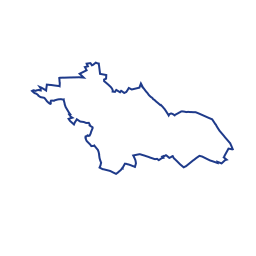 the district of Tukums, Tukums, Latvia, rotated 209°
{"feature_id": "27541924B84924671818931", "entity_name": "Tukums", "entity_type": "district", "adm_level": 2, "iso_a3": "LVA", "parent_name": "Latvia", "parent_adm1": "Tukums", "projection": "robinson", "projection_center": [23.156, 56.969], "detail": "fine", "context": "isolated", "style": "outline", "palette": "blue", "viewbox_px": 256, "rotation_deg": 209, "n_neighbors": 0, "source": "geoboundaries", "source_scale": "gbopen_adm2", "svg_char_len": 5532}
<svg xmlns="http://www.w3.org/2000/svg" viewBox="0 0 256 256"><g transform="rotate(209 128 128)"><path d="M129.2,80.1L123.1,81.7L122.9,81.7L122.7,81.8L119.5,81.9L116.2,82.1L115.1,84.5L115.0,85.0L113.9,87.8L113.9,88.0L113.6,89.9L113.6,90.1L113.2,90.1L113.3,90.3L113.4,91.7L113.4,93.0L113.4,95.3L112.4,95.7L112.2,95.8L111.9,95.9L111.0,96.0L109.8,96.4L109.7,96.4L108.6,96.6L107.4,96.8L106.5,96.9L105.5,97.0L104.6,97.2L103.8,97.3L103.6,97.3L103.4,97.3L103.4,97.5L103.1,97.5L103.9,100.9L105.2,102.6L106.1,103.6L109.3,106.0L110.1,106.5L107.9,108.4L107.0,109.2L105.9,110.1L105.7,110.3L105.0,110.8L103.9,111.1L103.2,111.2L100.1,111.9L98.8,112.1L95.8,112.7L94.7,112.8L90.4,113.6L90.1,113.6L89.2,113.9L87.6,115.1L85.5,114.8L84.4,116.9L84.1,117.5L83.8,118.1L82.8,118.9L83.5,119.2L83.3,119.5L84.1,119.7L83.5,120.4L83.4,120.6L83.1,120.5L82.8,120.8L82.5,121.2L82.0,121.9L81.9,122.3L81.6,122.6L81.1,122.6L77.4,121.9L77.3,122.1L76.6,122.9L76.2,123.6L75.9,124.2L75.5,124.9L75.3,125.1L73.8,124.1L73.0,123.7L71.5,123.4L71.2,123.3L70.8,123.2L70.5,123.1L69.3,122.8L64.9,121.5L60.2,120.6L59.3,122.0L58.8,122.6L58.8,122.8L58.6,123.1L57.3,126.3L56.5,128.3L55.4,131.1L55.3,131.3L55.1,131.6L54.8,132.3L54.6,132.7L54.4,133.2L54.0,134.2L53.5,135.3L52.0,138.3L50.4,138.7L49.3,139.0L49.1,139.0L48.9,139.0L46.8,139.1L44.4,139.2L40.4,139.4L39.0,139.7L37.6,140.0L37.2,140.0L36.8,140.1L36.3,140.2L35.8,140.3L34.5,140.5L33.3,140.7L33.0,140.7L32.6,140.8L33.4,141.8L29.0,142.4L28.0,145.4L27.5,146.9L27.0,147.5L26.4,148.1L28.2,148.4L30.0,148.8L29.9,149.2L29.9,149.7L30.1,150.4L30.1,158.3L30.1,158.7L26.4,159.9L26.1,160.2L29.5,162.9L30.0,163.2L31.2,164.2L31.3,164.2L39.2,167.1L39.6,167.3L40.3,167.6L46.7,170.0L50.2,171.9L51.9,172.9L52.3,173.2L52.9,173.6L53.6,173.8L54.0,173.9L54.2,174.1L58.6,176.4L62.1,176.0L70.1,175.3L73.2,175.0L73.4,175.0L75.7,174.7L76.5,174.6L76.8,174.4L78.9,173.3L80.2,172.7L81.7,171.9L83.2,171.3L84.0,170.7L84.7,170.2L86.7,169.6L88.0,169.1L88.4,168.9L88.7,168.8L88.8,168.7L89.1,168.5L89.3,168.4L89.6,168.1L89.8,167.7L90.2,167.0L90.3,166.9L90.4,166.7L90.6,166.5L91.1,165.6L91.6,164.8L92.2,163.9L93.2,162.3L93.3,162.1L93.4,161.9L93.4,161.7L94.5,161.8L95.3,161.9L96.4,161.8L97.4,161.6L97.9,160.9L98.5,160.2L98.5,159.4L98.5,158.7L99.3,159.2L100.1,159.6L100.4,159.8L100.8,160.0L101.4,160.3L102.1,160.7L103.0,161.2L104.0,161.7L104.4,161.9L104.9,162.2L106.1,162.6L107.3,163.1L108.8,163.6L110.4,164.1L110.5,163.9L110.7,163.7L112.6,164.1L114.5,164.5L115.8,164.7L117.1,165.0L117.8,165.2L118.5,165.4L119.0,165.4L119.5,165.4L119.8,165.4L120.1,165.5L120.4,165.6L120.5,165.7L120.8,165.9L121.1,166.0L121.6,166.1L122.0,166.2L122.4,166.2L122.7,166.2L123.3,166.3L123.8,166.4L124.9,166.7L125.9,167.0L127.9,168.0L130.0,168.7L132.0,169.6L134.0,170.5L134.1,170.4L135.0,170.7L135.8,171.1L135.6,171.2L135.5,171.3L136.9,172.3L138.3,173.2L137.6,168.8L143.4,163.5L146.7,163.4L146.8,160.5L147.0,158.6L147.9,157.4L148.0,157.2L148.3,156.8L151.3,157.2L152.0,157.2L152.3,155.4L156.7,155.6L156.8,154.7L156.9,153.3L159.1,152.4L159.4,153.3L160.5,154.3L161.7,155.0L163.2,155.6L164.1,155.8L164.9,156.0L165.7,156.2L165.9,156.3L166.0,156.3L168.9,156.9L171.6,157.4L172.4,158.8L171.1,160.5L171.9,162.2L172.7,163.8L174.2,163.3L176.6,162.5L178.7,161.8L179.4,162.8L183.7,168.7L184.3,169.4L184.8,170.2L185.3,170.0L185.7,169.9L186.2,169.7L187.5,169.6L187.9,169.5L187.9,169.4L188.5,168.0L188.9,167.0L189.3,166.1L190.0,165.3L191.8,166.3L192.0,166.4L192.3,166.5L193.8,165.4L195.4,164.2L195.2,164.0L195.0,163.9L194.4,163.5L193.8,163.1L193.4,162.8L193.0,162.5L194.1,161.5L195.2,160.4L194.8,160.2L194.5,160.0L194.0,159.6L192.8,158.8L192.2,158.4L193.9,155.9L196.6,152.0L191.2,150.6L192.1,150.2L195.9,148.4L196.8,147.8L203.5,143.9L207.0,141.8L208.0,141.2L208.8,140.8L209.2,140.5L209.8,140.2L212.1,138.8L212.4,138.4L211.7,137.5L210.1,135.0L209.6,134.5L208.5,132.3L208.1,131.4L208.3,131.4L212.8,129.6L216.2,128.3L217.4,127.7L218.5,127.3L220.0,126.6L219.9,126.4L219.4,125.1L218.5,122.7L217.8,121.1L219.6,121.2L223.1,121.3L225.0,121.1L224.2,120.7L223.4,120.3L223.4,120.1L223.3,119.9L223.1,119.4L222.8,118.9L222.8,118.7L222.7,118.6L223.6,118.3L223.5,118.2L224.7,117.8L226.0,116.8L226.3,116.4L226.8,115.7L228.8,115.3L229.6,114.4L229.9,113.9L227.7,113.4L226.6,113.2L225.7,113.4L224.8,113.5L223.6,113.4L222.7,113.2L222.0,112.8L219.5,112.6L216.2,113.7L215.5,113.7L214.0,113.1L213.1,112.7L211.9,112.1L211.7,112.1L211.1,111.9L209.8,111.6L208.7,111.4L208.1,111.4L207.9,111.4L207.7,111.4L207.6,111.6L207.4,111.9L207.6,112.3L208.3,113.3L208.6,113.9L208.6,114.0L208.6,114.4L208.6,114.6L208.1,114.9L207.3,115.4L206.8,115.5L206.4,115.7L206.1,115.9L205.9,116.0L205.9,116.3L205.5,116.7L205.3,116.9L204.6,117.6L203.7,118.5L203.1,119.0L202.8,119.3L201.1,120.4L200.6,120.7L199.5,121.1L198.7,121.3L198.1,121.8L198.0,121.6L197.9,121.4L195.3,118.7L195.0,118.2L192.7,116.1L187.2,112.9L185.2,112.0L186.0,111.3L185.0,110.8L183.2,110.1L181.7,110.0L183.8,107.9L184.4,107.2L182.2,106.1L177.0,104.9L177.2,106.9L177.2,107.9L177.1,108.2L177.0,110.1L177.0,110.8L174.7,110.6L173.0,110.5L172.6,110.6L169.6,111.8L167.2,112.1L166.5,112.4L164.8,113.5L163.0,112.4L162.8,111.6L160.3,111.5L159.3,111.4L158.9,110.8L158.4,106.6L158.0,105.1L157.9,102.7L158.6,102.0L159.7,102.1L160.0,101.6L160.0,101.0L160.2,100.7L161.0,100.1L160.8,99.3L160.1,98.8L160.2,98.5L159.1,97.5L157.8,96.6L157.2,96.4L153.0,95.2L151.3,94.4L149.7,95.5L149.1,95.8L149.0,96.3L143.7,94.2L142.2,92.9L140.4,90.9L140.4,90.7L138.3,87.9L136.9,86.5L134.6,84.5L134.4,83.4L134.0,82.3L133.9,81.4L133.7,79.6L130.2,79.7L129.2,80.1Z" fill="none" stroke="#1e3a8a" stroke-width="2"/></g></svg>